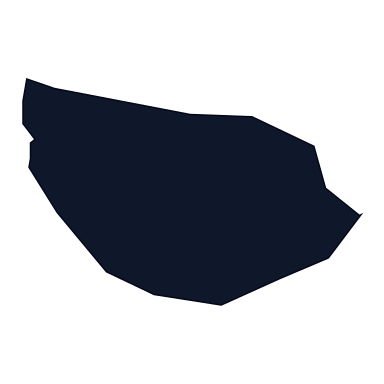 the district of Mount Beaujolais, Dennery, Saint Lucia
{"feature_id": "8701671B96155424695073", "entity_name": "Mount Beaujolais", "entity_type": "district", "adm_level": 2, "iso_a3": "LCA", "parent_name": "Saint Lucia", "parent_adm1": "Dennery", "projection": "natural_earth1", "projection_center": [-60.935, 13.907], "detail": "fine", "context": "isolated", "style": "filled", "palette": "ink", "viewbox_px": 384, "rotation_deg": 0, "n_neighbors": 0, "source": "geoboundaries", "source_scale": "gbopen_adm2", "svg_char_len": 406}
<svg xmlns="http://www.w3.org/2000/svg" viewBox="0 0 384 384"><path d="M26.8,79.0L23.0,101.0L23.0,113.2L23.0,123.7L35.0,139.4L30.5,142.9L30.5,158.5L29.0,167.3L57.3,212.6L106.5,271.8L154.1,294.5L221.2,305.0L279.2,278.8L304.4,268.1L328.4,257.9L361.0,214.7L359.4,215.4L325.5,188.2L313.9,146.3L252.0,116.8L246.2,116.6L190.0,114.5L54.4,88.5L26.8,79.0Z" fill="#0f172a" stroke="#020617" stroke-width="1.5"/></svg>